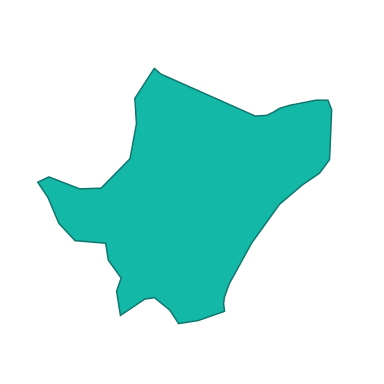 SVG path tracing the border of Kačanik, rotated 261°
{"feature_id": "KOS-5915", "entity_name": "Kačanik", "entity_type": "District", "adm_level": 1, "iso_a3": "XKX", "parent_name": "Kosovo", "parent_adm1": "", "projection": "orthographic", "projection_center": [21.226, 42.206], "detail": "fine", "context": "isolated", "style": "filled", "palette": "teal", "viewbox_px": 384, "rotation_deg": 261, "n_neighbors": 0, "source": "natural_earth", "source_scale": "10m", "svg_char_len": 681}
<svg xmlns="http://www.w3.org/2000/svg" viewBox="0 0 384 384"><g transform="rotate(261 192 192)"><path d="M319.9,174.3L313.4,179.6L257.2,266.2L256.0,277.6L258.0,284.5L260.9,291.5L262.4,302.5L263.3,328.7L262.9,331.5L261.4,340.6L251.4,342.8L210.1,334.5L202.5,332.9L194.3,324.6L190.6,320.8L181.8,302.2L166.1,276.4L132.2,242.9L95.8,214.6L83.0,207.5L76.5,205.7L69.1,205.5L64.1,178.1L64.1,158.2L78.8,151.6L93.5,138.4L93.6,128.5L81.3,102.0L105.8,102.0L118.1,108.6L137.7,98.7L154.9,98.7L162.2,68.9L181.8,55.6L208.8,49.0L225.8,41.2L229.3,53.0L212.7,81.5L210.0,102.8L234.6,136.0L268.0,147.8L293.4,150.2L319.7,173.8L319.9,174.3Z" fill="#14b8a6" stroke="#0f766e" stroke-width="1.5"/></g></svg>